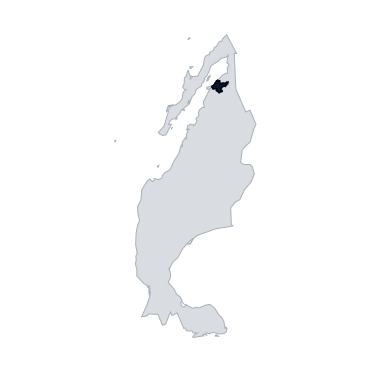 Pitiquito, Sonora, Mexico (highlighted), rotated 67°
{"feature_id": "50627088B68364674252683", "entity_name": "Pitiquito", "entity_type": "district", "adm_level": 2, "iso_a3": "MEX", "parent_name": "Mexico", "parent_adm1": "Sonora", "projection": "robinson", "projection_center": [-112.292, 30.097], "detail": "fine", "context": "in_parent", "style": "filled", "palette": "ink", "viewbox_px": 384, "rotation_deg": 67, "n_neighbors": 0, "source": "geoboundaries", "source_scale": "gbopen_adm2", "svg_char_len": 6204}
<svg xmlns="http://www.w3.org/2000/svg" viewBox="0 0 384 384"><g transform="rotate(67 192 192)"><path d="M60.7,98.7L81.9,96.8L80.9,99.0L114.3,111.4L139.3,111.3L139.3,106.6L154.8,106.7L157.6,110.0L168.7,119.1L171.5,126.8L173.5,129.7L183.8,135.7L187.0,133.5L189.3,127.8L192.4,126.6L199.8,127.6L206.0,133.8L210.4,142.8L217.7,150.9L218.3,156.1L221.6,162.5L237.3,168.5L239.3,167.6L235.2,184.0L234.0,203.7L234.9,208.0L239.1,213.7L238.3,216.7L238.4,213.6L235.0,208.8L236.1,213.2L240.4,222.5L247.3,231.4L248.9,236.9L253.7,242.6L252.4,242.4L255.1,243.8L254.2,243.0L259.2,243.7L262.7,245.6L265.9,249.3L274.1,246.5L280.2,246.1L284.1,243.9L288.4,243.5L289.3,244.3L289.0,245.5L292.5,246.2L294.8,244.5L294.1,241.6L293.0,242.3L293.2,241.7L299.4,236.8L299.7,232.9L301.5,230.6L301.4,224.2L302.4,219.5L307.1,216.7L315.6,215.2L319.3,213.6L323.4,213.2L330.3,214.9L330.9,213.8L329.1,213.8L331.4,213.1L334.2,215.1L334.8,218.0L333.6,221.8L329.3,227.6L329.3,231.5L327.1,233.8L327.5,234.7L329.5,234.4L327.5,236.8L327.5,237.8L328.9,237.5L326.5,247.3L325.8,248.1L324.3,245.9L323.9,242.3L322.0,246.1L319.9,246.3L317.5,251.4L314.5,251.3L314.3,252.9L297.6,252.9L297.8,258.8L294.0,258.8L303.3,267.9L303.1,271.2L291.3,271.2L287.3,279.6L288.5,281.7L287.2,287.2L278.4,277.7L271.4,271.4L267.2,269.0L266.7,269.6L270.6,271.8L264.5,269.8L264.9,268.3L263.3,269.0L262.3,267.6L261.2,269.1L263.3,269.8L260.2,270.1L257.3,272.2L247.8,275.6L241.5,272.9L236.3,272.3L232.7,269.8L229.2,268.8L227.0,266.4L218.4,264.4L207.8,259.4L200.8,254.7L197.9,251.4L190.8,250.3L184.0,247.6L179.6,242.3L170.2,237.3L165.2,230.3L163.4,226.0L167.1,224.0L166.5,222.2L164.8,221.6L167.3,218.3L167.5,214.4L165.5,213.1L163.4,209.2L163.4,205.7L162.1,202.5L156.5,196.6L151.6,189.4L144.1,183.2L146.2,184.4L146.4,183.0L142.4,181.7L139.4,176.8L141.5,176.9L135.6,173.6L134.8,172.0L132.6,172.6L132.3,171.9L133.9,170.0L131.1,171.4L129.4,170.0L129.0,166.8L131.0,164.0L131.8,164.5L130.3,161.6L128.5,159.7L126.0,159.8L124.3,155.9L121.3,155.0L119.5,153.3L118.3,149.8L119.0,147.6L113.7,146.6L104.4,135.5L103.9,132.9L102.5,132.1L96.5,118.4L96.0,114.3L96.6,112.9L91.5,111.1L90.3,108.9L88.6,108.2L86.9,109.5L80.0,105.3L81.2,108.0L80.4,113.1L81.9,117.2L83.2,125.0L90.2,131.9L92.5,136.5L93.6,136.3L94.1,137.7L95.1,137.8L96.1,140.8L98.1,141.8L99.3,148.0L102.9,151.2L104.2,154.7L105.9,155.9L107.1,160.1L108.6,161.1L107.7,157.9L109.7,159.8L112.3,169.4L114.6,172.1L117.7,179.0L117.3,181.9L118.0,184.5L120.6,187.1L121.6,184.5L129.2,193.6L128.5,196.9L125.6,199.4L123.9,199.7L120.7,192.3L108.8,182.3L107.7,182.4L105.3,179.3L104.7,177.2L105.4,172.5L104.3,168.1L102.5,164.9L96.7,161.1L95.5,157.3L94.5,158.9L91.6,159.6L89.4,157.0L84.0,154.4L83.2,152.2L79.1,149.0L78.7,147.9L82.9,148.5L85.3,147.5L85.3,148.6L87.4,149.6L86.6,147.1L85.6,146.9L87.6,141.7L79.7,132.0L73.2,127.8L72.0,125.7L72.0,122.1L70.4,120.9L69.9,116.8L67.8,115.1L67.5,112.6L64.7,108.9L64.2,107.1L65.1,105.9L63.1,104.3L60.7,98.7ZM104.1,135.7L103.4,138.1L101.3,137.3L102.1,133.6L103.3,133.2L104.1,135.7ZM95.6,135.2L92.6,132.5L91.7,129.7L93.3,130.6L93.6,132.2L95.2,132.6L95.6,135.2ZM333.7,226.9L332.9,226.0L333.2,224.9L335.1,224.0L333.7,226.9ZM105.4,182.4L103.2,179.9L104.5,174.7L104.1,179.3L105.4,182.4ZM77.6,145.5L75.9,145.1L77.0,142.3L77.8,144.4L77.6,145.5ZM50.2,136.3L48.9,134.6L49.2,133.8L49.7,133.8L50.2,136.3ZM107.2,182.5L108.5,184.5L105.8,182.5L107.2,182.5ZM155.8,213.2L155.5,214.0L154.8,213.7L154.5,212.3L155.8,213.2ZM118.6,177.2L119.1,178.8L117.6,176.8L118.6,177.2ZM113.2,166.7L114.0,167.4L112.9,168.9L113.2,166.7ZM115.8,243.2L115.3,243.5L114.5,242.8L115.1,242.0L115.8,243.2ZM291.3,243.5L289.8,243.9L292.4,243.0L291.3,243.5ZM125.8,186.2L125.1,186.0L124.9,184.5L125.8,186.2Z" fill="#d9dde1" stroke="#a8b0b8" stroke-width="1"/><path d="M99.1,124.6L99.2,124.8L99.3,124.9L99.3,125.0L99.3,125.4L99.3,125.6L99.3,125.8L99.3,126.0L99.2,126.1L99.3,126.2L99.4,126.3L99.5,126.2L99.7,126.3L99.8,126.2L99.8,126.3L100.0,126.4L100.0,126.5L100.1,126.8L100.1,127.0L100.3,127.2L100.3,127.3L100.4,127.5L100.5,127.6L100.5,127.8L100.6,128.0L100.7,128.3L100.8,128.3L101.0,128.4L101.0,128.5L101.2,128.8L101.3,129.0L101.5,129.3L101.6,129.5L101.8,129.6L101.9,129.8L102.0,129.9L102.1,130.0L102.1,130.3L102.3,130.5L102.5,130.6L102.5,130.8L102.5,131.0L102.4,131.1L102.3,131.4L102.3,131.5L102.2,131.7L102.1,131.8L102.2,132.0L102.3,132.2L102.4,132.3L102.5,132.3L102.8,132.5L102.8,132.4L103.1,132.3L103.3,132.2L103.5,132.3L103.9,132.3L104.0,132.3L104.0,132.2L104.2,132.3L105.1,132.4L105.5,132.4L105.8,130.8L106.5,129.7L106.3,129.2L106.9,128.5L107.1,128.7L107.4,128.5L107.8,128.9L108.1,128.9L108.2,129.1L108.5,129.4L108.0,129.9L108.1,130.0L108.6,129.5L108.9,129.6L109.1,129.4L109.0,129.2L108.9,129.1L109.4,129.0L109.5,129.0L109.5,128.9L110.0,128.8L110.2,128.3L110.9,128.5L111.0,128.5L111.1,128.4L111.1,128.2L111.3,128.1L111.2,127.9L111.2,127.6L111.0,127.4L110.8,127.2L110.9,126.8L111.0,126.6L111.1,126.1L111.1,125.7L111.3,125.5L111.3,125.0L111.3,124.9L110.8,124.7L110.3,124.7L110.3,125.0L110.6,125.4L109.8,125.4L109.0,125.2L109.2,125.5L108.9,125.5L108.8,125.4L108.7,125.2L108.5,124.9L108.2,125.0L107.8,125.0L107.8,124.8L107.6,124.7L107.6,124.4L107.6,124.2L107.6,123.8L107.4,123.6L107.2,123.6L107.2,123.0L107.3,122.9L107.3,122.7L106.8,122.2L106.8,121.8L107.1,121.3L107.1,121.1L107.1,120.5L107.2,119.8L107.3,119.7L107.7,119.7L107.5,119.4L107.4,119.4L107.4,119.5L107.3,119.4L107.2,119.4L106.9,119.2L106.7,119.0L106.7,118.9L106.4,118.7L106.4,118.8L106.3,118.7L106.5,118.5L106.6,118.4L106.6,118.1L106.4,118.1L106.4,117.9L106.4,117.7L106.5,117.7L106.4,117.6L106.3,117.4L106.1,117.4L105.9,117.3L105.8,117.1L106.1,116.9L106.2,116.7L105.3,116.4L105.3,116.2L105.2,115.9L104.9,115.8L104.9,116.0L104.7,116.1L104.6,116.5L104.6,117.0L104.4,117.1L104.5,117.3L104.8,117.4L105.0,117.4L105.0,117.5L104.9,117.7L104.9,117.9L104.9,118.3L104.9,118.5L104.7,118.7L104.5,118.8L104.6,119.5L104.6,119.8L104.5,120.5L104.4,120.5L104.4,120.4L104.2,120.4L104.2,121.0L103.8,121.0L103.9,121.3L103.6,121.4L103.5,121.7L103.6,122.3L104.1,122.2L104.1,122.3L104.3,122.6L104.3,122.8L104.2,123.0L103.4,123.0L103.4,123.5L102.9,123.5L102.7,123.7L102.1,123.4L101.4,123.4L100.8,123.1L100.4,123.0L100.2,123.8L100.3,123.8L100.3,124.3L99.1,124.6Z" fill="#0f172a" stroke="#020617" stroke-width="1.5"/></g></svg>